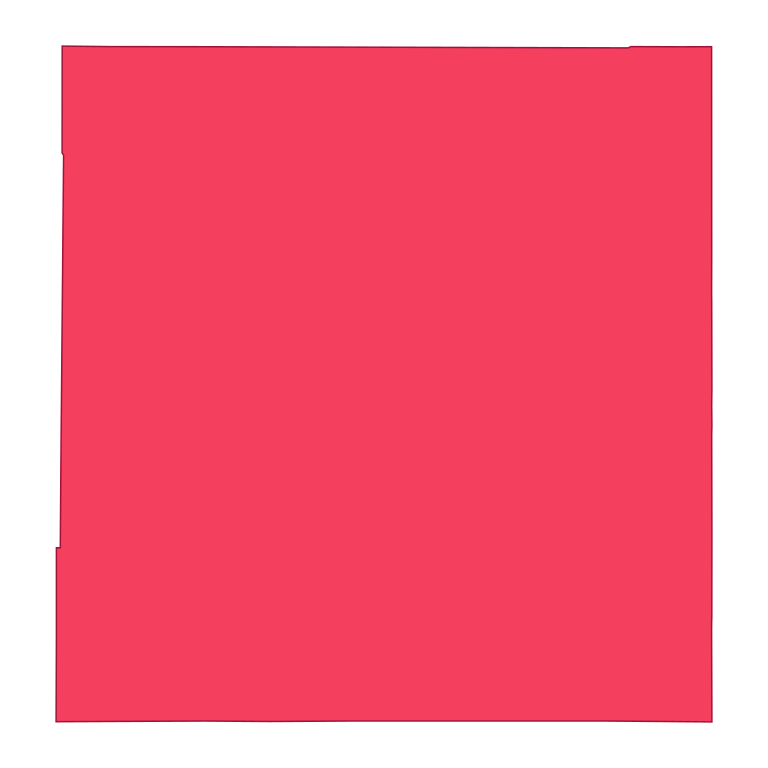 Cochise, Arizona, United States of America
{"feature_id": "52423323B82502698650850", "entity_name": "Cochise", "entity_type": "district", "adm_level": 2, "iso_a3": "USA", "parent_name": "United States of America", "parent_adm1": "Arizona", "projection": "equal_earth", "projection_center": [-109.611, 31.88], "detail": "fine", "context": "isolated", "style": "filled", "palette": "rose", "viewbox_px": 768, "rotation_deg": 0, "n_neighbors": 0, "source": "geoboundaries", "source_scale": "gbopen_adm2", "svg_char_len": 512}
<svg xmlns="http://www.w3.org/2000/svg" viewBox="0 0 768 768"><path d="M60.8,475.3L60.3,547.8L56.4,547.7L56.4,637.4L56.1,721.7L204.7,721.0L269.8,721.5L349.3,721.0L605.6,721.0L711.9,721.9L711.6,630.6L711.7,618.5L711.8,618.5L711.9,533.8L711.7,434.9L711.9,426.1L711.7,405.8L711.8,394.9L711.9,389.1L711.7,300.9L711.6,292.0L711.7,257.5L711.7,254.4L711.6,46.7L680.9,46.8L630.8,46.6L628.2,47.9L192.2,46.7L109.6,46.6L62.2,46.1L62.1,152.9L63.6,155.2L60.8,475.3Z" fill="#f43f5e" stroke="#9f1239" stroke-width="1.5"/></svg>